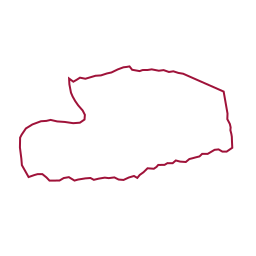 Inajá, Paraná, Brazil (Mercator projection), rotated 277°
{"feature_id": "56859067B25034835886105", "entity_name": "Inajá", "entity_type": "district", "adm_level": 2, "iso_a3": "BRA", "parent_name": "Brazil", "parent_adm1": "Paraná", "projection": "mercator", "projection_center": [-52.233, -22.718], "detail": "fine", "context": "isolated", "style": "outline", "palette": "rose", "viewbox_px": 256, "rotation_deg": 277, "n_neighbors": 0, "source": "geoboundaries", "source_scale": "gbopen_adm2", "svg_char_len": 1331}
<svg xmlns="http://www.w3.org/2000/svg" viewBox="0 0 256 256"><g transform="rotate(277 128 128)"><path d="M67.2,35.3L69.9,40.8L71.2,43.9L71.8,48.6L69.0,53.1L66.2,56.5L66.8,61.0L67.5,66.4L70.5,70.3L72.0,75.3L69.3,81.3L70.7,84.6L72.8,91.8L73.8,96.8L72.4,100.4L74.2,105.2L75.9,111.0L75.9,115.0L77.3,120.5L75.7,125.0L75.9,129.9L79.0,134.9L81.1,139.8L79.6,143.3L82.9,145.4L85.9,148.7L90.4,152.3L90.7,158.6L92.8,161.0L95.0,162.5L95.9,168.8L97.9,171.4L98.5,176.6L101.6,179.4L101.0,183.9L101.3,189.5L104.7,192.7L105.8,195.6L107.0,198.5L108.5,202.4L111.4,204.8L112.0,210.2L116.9,216.6L117.8,220.5L116.1,224.5L116.6,228.8L121.1,233.9L127.0,232.9L132.0,232.1L134.7,231.3L138.3,229.9L141.1,229.8L144.4,228.6L148.9,225.5L154.5,225.0L175.8,218.5L188.6,176.1L188.8,171.3L189.8,166.1L188.6,161.8L189.8,156.3L188.6,151.6L189.1,144.4L188.0,140.5L187.3,135.4L185.9,132.6L186.3,125.0L189.3,122.0L188.4,119.0L187.7,116.1L184.9,110.7L181.1,104.8L179.6,100.5L176.9,94.7L175.9,89.4L171.7,79.7L172.1,74.2L169.7,71.3L167.3,68.1L169.9,63.5L164.2,64.5L156.1,67.1L152.5,69.2L148.3,72.3L144.4,75.8L139.8,80.9L135.8,83.6L131.1,83.8L127.4,79.6L126.1,73.0L126.3,64.5L125.9,56.9L126.6,50.2L125.1,46.1L124.1,40.8L119.9,32.7L115.1,26.7L108.5,23.3L105.3,22.1L95.5,23.1L84.5,25.9L78.2,27.2L69.4,33.7L67.2,35.3Z" fill="none" stroke="#9f1239" stroke-width="2"/></g></svg>